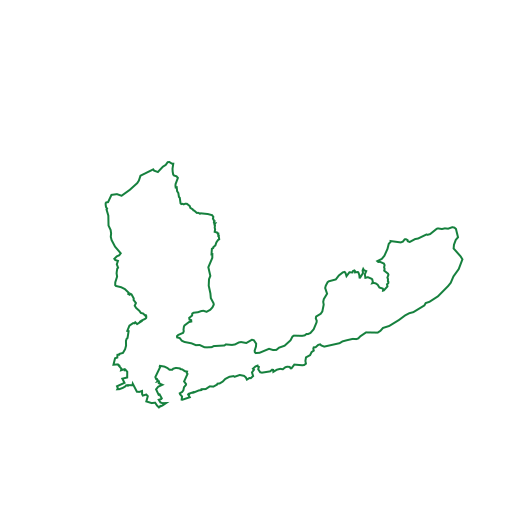 Ocna Sugatag, Maramures, Romania (Robinson projection), rotated 150°
{"feature_id": "2599482B76843829186540", "entity_name": "Ocna Sugatag", "entity_type": "district", "adm_level": 2, "iso_a3": "ROU", "parent_name": "Romania", "parent_adm1": "Maramures", "projection": "robinson", "projection_center": [23.858, 47.763], "detail": "fine", "context": "isolated", "style": "outline", "palette": "green", "viewbox_px": 512, "rotation_deg": 150, "n_neighbors": 0, "source": "geoboundaries", "source_scale": "gbopen_adm2", "svg_char_len": 6123}
<svg xmlns="http://www.w3.org/2000/svg" viewBox="0 0 512 512"><g transform="rotate(150 256 256)"><path d="M301.7,382.4L315.9,383.3L319.7,379.9L322.4,378.5L332.2,376.4L342.3,375.4L345.5,379.1L350.6,381.2L357.2,376.6L358.9,377.3L359.8,376.9L360.6,375.5L361.4,373.4L361.3,371.4L362.2,371.0L363.7,364.8L368.5,356.1L368.9,351.2L370.2,348.0L372.2,345.2L373.1,342.0L373.4,334.6L371.8,326.0L374.1,325.0L376.7,325.3L380.1,324.4L379.9,322.9L378.0,320.8L380.7,318.4L381.3,314.8L382.4,314.5L384.3,312.2L385.4,310.7L386.6,307.6L391.0,303.6L392.5,301.2L392.3,300.1L388.4,296.4L386.1,292.9L384.6,287.7L385.6,287.0L384.8,285.6L383.5,285.9L383.0,284.9L383.1,280.4L384.0,279.1L383.5,275.3L385.9,273.6L385.8,271.0L384.4,266.7L384.2,264.3L382.5,262.6L381.9,260.4L381.0,259.9L380.9,259.5L381.6,259.0L381.4,258.1L382.2,257.2L383.6,257.0L387.3,257.3L388.5,257.2L388.2,256.7L393.0,256.5L393.7,259.0L394.9,258.5L395.9,259.3L400.4,259.0L404.9,255.5L403.9,254.6L408.3,249.2L409.4,249.0L411.0,247.6L413.4,243.3L416.0,240.7L419.7,238.6L423.2,239.5L423.8,238.9L425.4,239.7L426.9,237.4L429.2,237.9L433.8,233.1L429.8,231.2L429.3,229.9L429.7,229.9L428.9,225.6L430.0,224.5L426.5,223.7L426.8,222.8L425.9,222.7L425.4,220.1L428.3,215.2L433.1,216.6L433.3,211.9L441.5,212.7L441.8,210.5L442.7,209.9L440.9,209.0L437.4,208.4L434.5,208.4L433.0,208.9L431.9,207.8L431.5,208.2L427.6,205.8L426.6,207.0L427.0,198.0L424.9,196.6L422.2,196.1L423.7,193.3L423.8,191.7L420.3,190.9L419.8,188.7L423.7,184.9L419.9,180.8L416.7,179.4L416.5,176.0L415.8,173.4L414.0,173.9L413.9,173.5L411.7,173.3L407.4,173.6L410.6,175.3L412.0,177.0L412.1,180.1L409.6,179.5L408.8,179.8L408.7,184.4L409.7,184.5L409.2,190.5L406.1,191.7L401.5,191.3L403.7,194.3L403.1,194.7L402.8,196.1L404.2,196.6L403.4,196.9L403.2,197.8L403.6,198.2L403.3,199.1L404.0,199.5L403.7,201.5L394.3,207.9L394.6,208.4L394.1,208.9L390.6,206.0L388.7,203.2L387.8,200.8L385.4,199.4L384.0,199.8L381.3,199.1L378.1,196.7L378.0,195.8L376.7,194.8L375.6,192.8L375.5,192.1L373.5,190.4L374.4,189.6L374.3,188.1L381.0,183.3L380.6,180.0L381.3,179.3L383.9,178.4L386.1,176.0L387.9,175.2L390.7,175.2L390.9,174.1L390.3,171.3L392.2,168.8L391.8,168.4L384.0,166.8L384.0,169.8L383.2,169.7L383.1,170.3L378.4,169.4L378.6,169.0L378.2,168.9L372.8,168.2L370.3,167.2L369.8,167.9L366.1,165.9L361.2,166.2L358.2,164.2L354.0,164.1L353.2,164.7L351.2,163.8L347.5,163.9L344.1,164.9L339.4,164.7L335.5,163.2L334.9,162.1L329.6,161.1L326.3,158.2L325.5,155.9L325.7,153.5L322.7,153.6L321.6,152.8L318.5,153.5L317.7,157.2L314.7,158.5L315.0,159.9L311.7,160.6L309.5,160.3L309.7,159.6L309.0,158.5L310.7,156.8L310.6,155.0L310.5,153.2L309.2,152.0L301.4,149.0L298.9,149.5L298.1,148.8L298.9,147.0L294.8,147.1L291.5,146.2L289.4,144.5L286.2,145.0L284.3,144.5L282.3,143.1L282.2,141.4L281.4,141.0L277.1,142.8L270.5,138.2L268.8,137.5L266.6,137.8L265.7,140.4L263.4,143.2L258.7,143.1L255.9,145.0L253.3,145.2L252.7,147.1L251.7,148.0L250.0,147.2L246.6,147.9L244.6,147.4L244.2,145.9L242.2,143.4L227.2,138.7L223.8,138.8L219.7,137.7L213.8,135.9L210.5,133.8L208.6,133.5L205.8,134.3L198.9,134.8L188.9,128.8L185.6,129.0L182.0,130.2L175.6,128.8L164.2,129.1L156.5,130.0L151.8,129.8L147.8,128.7L134.9,129.0L132.6,130.4L128.7,129.6L118.6,130.1L104.7,133.9L100.8,135.4L95.2,139.6L87.0,143.3L78.9,149.9L79.0,153.4L81.1,163.7L78.9,166.8L74.9,170.1L71.7,171.2L69.3,179.5L70.0,181.4L71.6,182.8L76.0,183.6L78.6,185.5L81.5,186.4L84.6,188.9L85.9,189.2L94.3,187.9L96.9,188.6L97.6,189.4L106.9,190.1L109.7,191.1L115.9,191.3L117.2,192.9L116.8,194.0L117.8,195.6L118.9,196.1L121.6,195.0L123.9,195.4L131.9,201.6L132.1,201.0L134.9,200.2L138.6,196.4L144.7,192.0L148.5,190.6L153.5,190.9L153.1,189.7L151.5,188.9L149.0,185.5L149.2,183.8L150.7,182.2L151.1,180.5L152.3,179.2L150.5,174.7L150.7,173.5L153.0,171.6L153.2,170.1L154.4,168.2L154.3,167.3L155.1,166.3L156.7,166.0L157.4,163.9L162.5,162.3L163.3,162.5L162.5,163.5L162.5,164.4L164.9,167.0L165.0,170.3L166.0,172.4L167.6,173.9L169.0,174.3L167.8,175.1L167.0,177.7L167.3,178.5L169.7,181.7L172.2,182.4L170.9,185.7L168.1,187.8L169.6,189.6L169.6,191.2L170.9,190.2L171.9,187.7L176.7,185.2L177.1,185.5L176.0,188.0L175.6,190.6L175.8,191.2L178.4,192.3L177.8,193.3L178.0,194.3L179.5,194.5L180.7,193.5L183.2,195.2L187.7,193.3L187.0,196.4L187.2,197.9L189.0,198.4L194.0,197.7L198.6,195.8L205.7,197.7L207.1,197.5L210.4,195.4L212.1,193.7L213.3,187.8L218.8,184.8L220.7,182.7L221.7,180.0L226.3,174.8L228.9,173.6L234.2,173.5L235.4,172.1L235.8,169.5L236.8,168.2L242.7,163.7L247.4,162.1L250.0,162.4L251.3,163.2L253.5,162.9L256.0,163.8L263.0,168.1L264.7,168.0L268.3,165.7L276.1,164.0L281.9,165.1L285.3,164.5L288.2,166.0L291.1,169.1L301.3,170.4L304.8,172.1L305.1,173.3L304.5,174.7L301.3,177.6L299.7,180.0L300.0,184.1L301.4,185.5L307.9,185.5L311.9,188.9L314.0,189.7L318.4,189.9L321.3,191.0L326.3,194.5L328.1,194.3L337.6,199.1L339.9,199.2L344.5,201.6L346.3,202.8L349.3,207.1L352.6,208.8L355.5,212.6L360.9,217.3L362.6,219.7L363.1,223.1L365.0,224.9L364.5,226.1L362.9,226.5L357.5,225.9L356.1,227.1L355.6,228.5L353.8,230.8L352.7,231.6L347.1,232.3L344.8,231.6L344.2,232.9L345.4,234.1L344.8,235.8L341.1,236.4L340.0,238.0L338.5,238.1L334.3,236.3L331.0,235.7L329.0,234.9L326.7,232.4L322.5,232.3L319.4,233.3L316.9,235.0L316.4,236.3L316.2,242.1L314.2,246.4L311.8,253.9L308.3,259.4L305.5,261.6L302.9,270.1L294.8,276.2L292.9,279.4L293.7,279.7L290.6,284.3L289.1,284.3L288.5,285.0L285.9,285.5L283.5,287.6L281.0,288.8L279.5,288.9L278.5,291.4L278.7,292.2L277.9,292.5L278.0,293.6L277.4,294.3L278.0,294.9L277.8,295.6L279.7,297.6L278.1,299.5L277.6,301.2L276.3,302.9L276.4,303.8L275.0,304.6L275.8,304.9L275.8,305.9L274.5,306.9L274.9,307.4L274.5,308.8L274.7,309.8L273.4,311.2L273.6,313.3L276.7,316.4L282.5,320.6L283.4,320.6L284.2,322.1L285.7,322.9L286.8,326.2L287.4,326.8L287.5,328.1L288.8,330.5L288.4,332.4L289.7,335.7L291.0,336.6L292.8,336.9L293.5,337.9L294.7,338.3L295.0,339.4L292.9,344.5L293.2,345.7L291.8,349.3L291.9,351.6L290.3,355.2L291.3,355.5L290.7,357.0L289.7,358.5L284.6,362.7L285.0,364.8L286.7,366.6L287.0,367.9L286.0,370.7L284.7,373.3L281.5,377.3L282.7,378.1L284.1,380.8L285.6,381.4L288.7,380.0L292.0,379.9L299.0,377.8L301.6,380.9L301.7,382.4Z" fill="none" stroke="#15803d" stroke-width="2"/></g></svg>